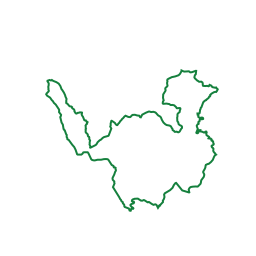 outline of Dharmasraya, Sumatera Barat, Indonesia, rotated 110°
{"feature_id": "22746128B7219534805401", "entity_name": "Dharmasraya", "entity_type": "district", "adm_level": 2, "iso_a3": "IDN", "parent_name": "Indonesia", "parent_adm1": "Sumatera Barat", "projection": "orthographic", "projection_center": [101.535, -1.251], "detail": "fine", "context": "isolated", "style": "outline", "palette": "green", "viewbox_px": 256, "rotation_deg": 110, "n_neighbors": 0, "source": "geoboundaries", "source_scale": "gbopen_adm2", "svg_char_len": 5742}
<svg xmlns="http://www.w3.org/2000/svg" viewBox="0 0 256 256"><g transform="rotate(110 128 128)"><path d="M203.3,104.1L203.4,99.6L205.0,98.3L205.0,97.5L204.7,97.1L203.2,97.4L202.7,97.1L202.2,95.6L201.6,95.5L201.3,95.9L200.8,97.9L199.9,99.2L199.3,99.4L198.3,98.8L196.9,97.0L196.0,96.8L195.3,97.3L195.6,98.4L195.5,99.1L195.3,99.4L194.3,99.5L193.5,99.1L192.2,97.5L191.0,94.6L191.8,91.0L191.4,89.7L190.3,88.5L190.3,87.7L191.1,84.2L191.0,83.8L190.5,83.3L190.4,82.7L191.2,79.8L191.5,77.8L190.4,76.3L190.4,75.4L190.7,74.7L192.8,72.5L191.0,72.1L190.3,71.6L190.1,72.1L189.7,71.9L189.0,71.3L185.6,69.8L184.4,70.4L182.5,70.0L180.4,70.1L178.2,71.3L176.8,71.1L172.0,67.2L169.0,65.7L166.0,65.4L163.8,64.7L163.3,64.3L163.1,64.0L168.1,55.7L167.7,48.6L167.5,48.4L165.1,49.9L164.0,49.8L162.9,49.5L161.9,48.7L160.9,46.9L159.8,44.4L159.3,42.7L159.0,42.3L155.7,40.8L154.6,40.8L152.1,41.3L148.1,40.1L146.4,40.2L145.5,40.5L143.9,42.2L143.2,42.4L140.3,41.9L138.6,41.8L137.0,42.2L136.0,42.2L134.6,40.8L134.1,39.9L131.6,38.4L128.9,37.4L125.8,37.3L124.0,37.0L123.0,36.2L122.9,36.5L122.6,36.7L122.0,37.5L121.9,37.9L121.1,39.3L120.3,40.1L118.3,40.6L117.7,41.4L117.7,41.8L117.2,42.7L116.6,43.2L116.0,43.3L115.1,42.4L114.2,41.9L113.6,42.0L113.0,42.7L111.6,43.4L111.6,43.8L111.3,44.2L111.3,44.7L111.0,44.7L111.0,45.4L110.3,45.9L110.0,45.8L109.6,46.8L110.1,47.9L110.2,48.8L108.8,48.6L108.6,48.8L107.9,51.7L106.6,52.5L105.2,52.6L105.1,52.9L104.6,53.2L104.6,53.5L105.2,54.2L106.0,54.4L106.3,55.1L106.1,57.0L106.4,58.3L106.3,58.7L106.0,58.7L105.8,59.0L105.2,59.2L105.5,60.0L105.7,60.3L107.1,60.2L108.5,60.4L109.1,60.8L109.3,61.5L109.3,61.9L109.0,62.2L105.0,62.1L103.2,63.7L102.2,64.2L100.6,63.8L100.1,63.1L99.7,63.1L98.7,63.8L98.3,63.9L97.7,63.6L97.3,63.1L95.3,63.5L94.3,61.1L93.8,60.5L93.4,60.6L93.0,60.9L92.8,61.5L93.1,62.6L93.5,63.0L93.8,63.8L93.7,65.5L93.0,66.0L91.9,66.2L91.8,67.1L90.6,67.7L89.9,66.1L89.4,65.8L86.0,66.5L85.3,66.3L84.1,66.5L83.3,66.1L78.5,66.1L77.3,65.9L77.0,65.5L76.0,65.1L75.1,64.1L74.8,64.2L72.3,62.6L70.7,62.4L70.3,61.8L69.7,61.7L69.4,61.7L68.9,62.1L67.2,61.3L65.0,59.5L64.1,58.2L64.0,57.5L62.8,57.1L61.0,56.9L60.6,57.4L60.4,58.5L59.8,59.0L60.4,60.2L60.7,62.4L60.4,63.5L59.7,64.1L59.6,66.1L60.8,66.2L61.2,66.5L61.4,68.2L62.1,69.6L62.7,71.8L62.1,72.4L60.4,73.1L59.7,73.7L59.4,75.1L60.0,76.3L60.2,77.2L59.8,78.4L59.8,79.0L58.4,82.2L57.6,83.0L55.5,83.2L54.4,82.7L51.0,83.5L51.1,83.9L53.6,86.9L54.2,88.0L54.4,88.5L53.9,90.2L55.7,94.3L55.8,95.4L55.6,97.4L56.4,97.2L58.5,97.5L59.8,97.8L61.2,98.6L63.4,101.3L65.2,104.2L67.9,106.8L68.8,107.5L69.3,107.5L69.7,107.5L70.6,106.9L72.4,106.7L74.8,105.3L75.9,105.6L77.3,106.4L78.0,106.5L78.7,106.3L79.4,105.7L80.1,105.5L84.4,106.4L87.7,105.4L89.9,103.9L91.1,104.2L92.8,103.9L93.2,103.4L93.2,103.1L91.9,100.2L91.4,97.4L91.8,95.8L91.1,94.0L90.9,92.6L91.0,91.9L91.4,91.3L91.7,90.3L92.7,89.0L92.7,88.7L91.6,86.4L91.5,85.9L91.7,85.5L92.6,85.2L93.9,85.3L95.2,84.9L97.4,86.1L98.2,86.2L100.5,85.4L101.3,85.4L104.4,84.1L105.0,83.6L105.3,82.9L107.1,81.7L107.6,80.3L107.7,78.9L108.0,78.0L108.5,77.6L109.5,77.3L110.8,77.8L113.5,78.2L114.5,78.8L114.9,79.4L114.8,81.0L115.6,82.6L115.6,82.9L115.0,83.8L114.7,85.3L113.5,86.0L113.1,86.8L111.8,88.2L111.5,89.7L112.0,92.7L111.7,94.3L110.7,96.6L108.8,98.9L106.9,100.6L106.3,101.5L105.8,104.1L104.2,107.0L104.0,107.9L104.1,109.7L105.1,111.7L105.2,113.5L105.5,114.2L107.4,116.3L110.6,119.2L113.6,119.6L113.7,120.3L112.6,121.6L113.1,123.8L113.2,126.0L114.1,128.1L114.7,128.6L116.8,129.5L117.1,129.9L117.5,131.6L117.3,134.5L118.5,135.3L120.3,135.9L121.5,136.6L123.1,137.0L123.8,137.5L126.4,138.1L127.0,138.5L128.9,139.0L129.1,139.4L129.0,140.0L128.7,140.8L127.9,141.7L127.5,142.8L126.8,145.6L126.8,145.9L127.0,146.1L130.0,145.8L131.3,145.2L132.7,145.2L134.2,143.5L141.7,143.6L142.2,143.9L144.7,147.4L146.0,148.4L148.3,149.5L149.2,150.4L151.8,151.7L153.8,152.0L155.0,152.5L159.3,156.5L159.3,156.9L158.0,157.1L156.7,158.5L155.6,158.7L154.7,159.1L152.6,159.4L151.9,160.5L150.2,161.1L149.7,161.5L149.5,162.6L149.0,163.1L148.0,163.5L147.7,163.8L147.2,164.7L147.1,165.3L146.2,166.5L145.0,166.8L144.1,167.3L143.1,167.2L142.8,167.6L141.1,168.2L140.4,168.7L139.1,168.5L138.2,168.0L137.4,168.4L137.1,168.3L136.9,168.0L136.3,168.0L135.8,169.7L135.3,170.3L135.6,171.0L135.5,171.8L132.8,174.2L132.1,175.3L131.1,176.2L129.8,176.3L129.3,176.5L129.4,177.4L129.9,178.8L130.5,179.4L131.0,180.5L132.0,181.2L132.1,182.2L130.7,184.0L129.7,184.4L129.0,185.1L128.5,187.1L128.0,187.6L127.5,187.7L127.2,188.5L127.5,189.8L127.4,190.6L125.9,193.3L125.8,194.4L125.2,194.8L124.0,195.1L123.8,195.3L121.7,195.7L119.8,197.6L118.8,198.2L116.7,200.3L114.7,202.9L114.3,203.7L111.7,205.9L110.0,208.3L109.4,211.0L109.3,214.5L108.9,216.0L109.6,216.5L109.7,216.9L109.7,218.1L111.1,219.8L111.6,219.7L113.1,217.8L114.8,217.2L116.6,217.0L118.2,216.2L119.0,216.0L120.0,215.2L120.7,215.1L123.4,216.3L124.3,216.4L125.3,215.1L126.1,211.6L127.9,209.1L128.5,207.7L129.7,206.3L130.7,203.9L134.1,199.3L134.7,198.8L136.7,198.2L138.5,195.4L139.6,195.2L140.9,195.4L145.6,192.3L147.1,190.4L151.0,188.2L151.4,187.2L151.9,187.0L152.2,186.3L154.9,184.1L155.5,183.2L157.4,182.6L158.0,181.8L159.3,181.1L159.5,179.6L162.8,174.7L164.3,172.0L166.4,169.8L170.1,166.8L170.2,166.1L168.9,162.7L167.8,162.0L166.2,161.6L165.5,160.2L164.6,157.6L165.3,156.5L169.9,151.9L170.3,150.9L170.2,149.4L169.8,148.1L168.2,145.7L167.0,142.4L165.5,140.0L164.7,138.1L164.3,136.4L164.7,135.4L168.3,130.7L168.6,128.7L169.8,127.9L169.5,127.0L169.7,126.0L170.7,125.8L171.6,125.0L172.2,124.8L173.7,125.1L176.4,125.0L180.0,125.4L180.7,125.3L181.9,124.6L182.9,122.6L184.1,122.2L184.7,121.7L188.7,121.9L196.0,112.6L197.5,111.0L197.9,110.1L199.1,109.0L199.5,107.5L200.6,107.0L201.2,105.6L201.6,105.2L202.8,104.7L203.3,104.1Z" fill="none" stroke="#15803d" stroke-width="2"/></g></svg>